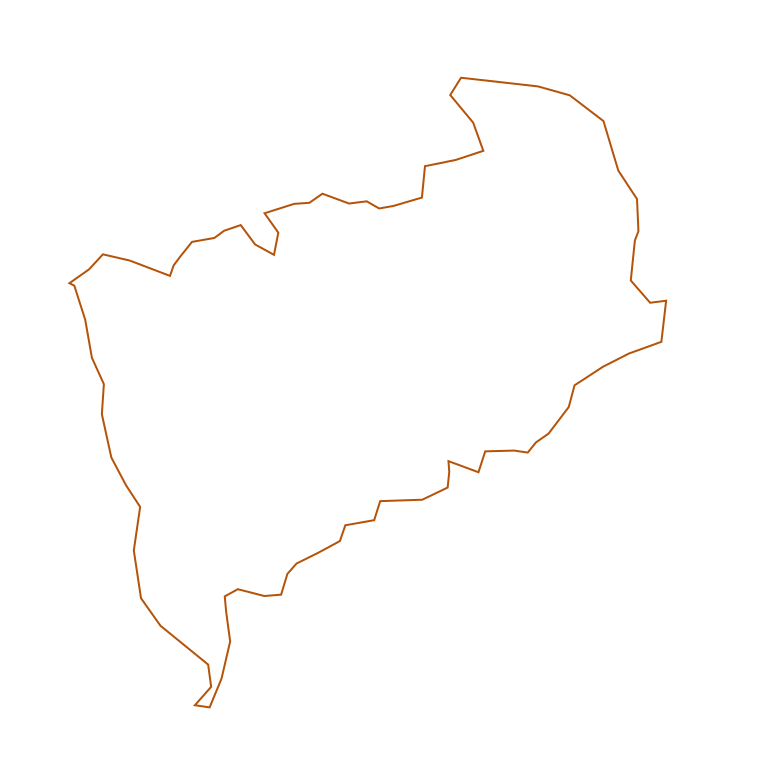 Psathi, Paphos, Cyprus, rotated 260°
{"feature_id": "46923920B43405779194913", "entity_name": "Psathi", "entity_type": "district", "adm_level": 2, "iso_a3": "CYP", "parent_name": "Cyprus", "parent_adm1": "Paphos", "projection": "mercator", "projection_center": [32.534, 34.892], "detail": "fine", "context": "isolated", "style": "outline", "palette": "amber", "viewbox_px": 768, "rotation_deg": 260, "n_neighbors": 0, "source": "geoboundaries", "source_scale": "gbopen_adm2", "svg_char_len": 1207}
<svg xmlns="http://www.w3.org/2000/svg" viewBox="0 0 768 768"><g transform="rotate(260 384 384)"><path d="M100.5,142.0L95.8,156.1L122.0,172.8L157.2,187.8L187.1,189.0L202.5,190.3L207.3,204.4L196.0,229.3L194.4,246.1L213.8,255.9L222.4,266.7L229.4,290.5L237.0,313.3L251.6,321.4L251.6,350.7L269.3,359.9L263.4,401.6L271.0,428.7L286.1,433.0L296.8,434.1L280.7,461.7L300.1,472.0L295.8,500.7L291.5,513.7L300.1,523.5L306.6,537.5L329.3,562.0L349.6,571.4L363.0,602.7L371.5,630.6L377.4,664.5L417.0,676.3L417.8,660.2L443.1,645.0L481.8,656.0L490.3,661.1L522.3,665.3L530.0,661.9L553.5,651.8L604.8,645.8L636.0,617.1L650.3,587.4L661.3,550.2L672.1,513.4L672.2,513.0L657.1,499.4L625.9,517.2L596.4,522.3L592.2,493.5L591.4,462.2L561.0,453.7L557.7,424.1L557.7,409.7L566.9,398.7L567.8,380.9L582.1,356.4L575.4,342.0L577.0,326.8L572.9,296.0L551.4,306.2L530.3,298.1L543.8,281.3L565.4,270.5L562.7,253.2L557.3,242.3L557.3,219.6L544.9,205.5L537.3,197.4L527.6,192.0L549.7,155.1L560.5,129.7L548.1,113.4L537.9,91.7L534.6,96.1L499.3,100.9L460.5,100.9L432.5,108.1L403.2,100.9L359.0,102.7L329.2,112.3L305.3,122.5L263.5,108.7L215.2,107.5L184.7,121.9L138.2,162.1L115.8,161.2L100.5,142.0Z" fill="none" stroke="#b45309" stroke-width="2"/></g></svg>